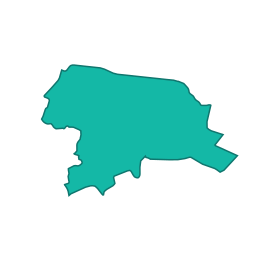 the Region of Bukhoro, rotated 152°
{"feature_id": "UZB-354", "entity_name": "Bukhoro", "entity_type": "Region", "adm_level": 1, "iso_a3": "UZB", "parent_name": "Uzbekistan", "parent_adm1": "", "projection": "robinson", "projection_center": [64.255, 40.217], "detail": "fine", "context": "isolated", "style": "filled", "palette": "teal", "viewbox_px": 256, "rotation_deg": 152, "n_neighbors": 0, "source": "natural_earth", "source_scale": "10m", "svg_char_len": 2641}
<svg xmlns="http://www.w3.org/2000/svg" viewBox="0 0 256 256"><g transform="rotate(152 128 128)"><path d="M149.3,210.0L147.7,209.7L146.1,208.9L137.6,203.1L130.2,198.1L124.3,194.1L121.1,190.9L115.4,183.4L112.0,180.3L104.7,175.4L87.3,163.6L78.7,157.8L71.5,152.9L65.3,148.8L62.3,145.9L61.7,145.6L57.9,141.1L57.4,139.3L56.5,135.7L56.4,134.3L56.6,132.9L57.0,131.7L57.3,130.5L57.1,129.2L55.5,125.9L55.3,124.6L55.3,122.9L55.1,121.6L54.7,120.4L53.4,117.9L53.1,116.7L52.9,114.0L52.4,113.4L48.1,111.1L45.6,110.4L44.4,109.6L44.2,109.2L55.3,96.5L58.1,91.0L57.4,88.9L55.8,86.4L47.2,77.5L59.2,72.2L59.1,71.3L44.4,52.2L63.0,45.7L67.4,45.8L69.1,49.3L70.4,51.5L79.1,61.0L86.2,72.6L87.4,73.3L92.1,74.3L99.0,76.7L107.1,81.0L122.9,90.0L124.1,91.9L126.0,93.7L125.9,95.0L132.2,93.0L135.9,87.8L139.1,81.7L140.0,80.5L141.1,79.7L142.1,79.3L143.1,79.6L144.1,80.4L145.2,81.9L145.5,84.1L145.6,88.3L146.3,89.7L148.5,90.4L162.8,92.0L164.0,91.0L165.6,85.2L166.6,84.7L168.4,84.1L175.3,83.8L177.6,83.4L179.3,82.7L181.0,80.5L181.6,80.6L182.1,82.1L183.2,88.6L183.7,90.3L184.5,92.2L186.3,93.6L188.1,94.5L193.3,95.7L209.3,96.7L211.8,96.1L210.6,100.0L210.3,101.7L210.2,103.4L210.3,105.0L210.4,106.3L210.6,107.0L210.5,107.8L209.8,107.7L207.1,107.2L206.6,107.2L206.1,107.3L205.7,107.6L205.1,108.5L205.0,109.3L203.6,113.3L202.4,114.6L201.5,115.4L200.3,119.0L199.7,120.1L193.5,120.0L192.3,119.6L191.2,118.9L190.1,118.1L189.1,117.8L187.9,117.8L186.1,118.1L185.2,118.5L184.7,119.1L184.5,119.7L184.5,120.3L184.4,120.9L184.7,122.1L186.0,123.3L185.2,125.8L184.7,126.2L184.5,126.3L184.4,126.4L184.5,126.7L185.1,127.6L186.7,129.1L187.5,130.0L187.7,130.4L187.6,130.7L186.1,130.8L185.7,130.9L185.4,131.1L185.0,131.4L184.5,131.4L183.7,132.0L181.2,136.8L180.5,137.8L179.5,138.6L178.6,139.2L175.4,140.6L174.9,141.5L174.5,141.9L174.3,142.1L172.6,144.2L171.8,146.0L171.0,147.6L171.8,149.2L175.7,154.2L177.2,155.2L179.7,156.5L179.7,156.9L180.0,157.4L180.2,158.0L180.9,158.3L182.0,158.4L184.3,157.4L185.1,157.6L185.5,158.3L191.9,161.1L192.8,162.6L193.3,164.1L193.3,165.1L193.5,166.5L193.9,167.9L194.9,168.4L196.2,168.9L197.0,169.3L198.0,170.2L198.8,171.3L199.0,171.7L199.4,172.4L199.9,174.1L200.0,174.6L200.1,176.4L197.6,178.1L192.3,183.2L191.6,183.7L191.0,183.9L190.5,183.9L189.9,183.9L189.5,184.1L189.2,184.3L185.1,188.5L184.6,189.2L184.3,189.7L184.3,190.1L184.3,190.4L184.3,190.7L184.4,191.0L184.7,191.6L185.0,192.1L186.7,194.1L186.9,194.3L187.1,194.6L187.1,195.0L187.0,195.6L186.7,195.8L186.4,196.0L177.6,199.0L174.8,200.0L167.4,202.8L165.0,204.4L160.1,209.5L159.3,210.3L157.7,208.3L156.4,207.6L154.8,207.8L150.7,209.7L149.3,210.0Z" fill="#14b8a6" stroke="#0f766e" stroke-width="1.5"/></g></svg>